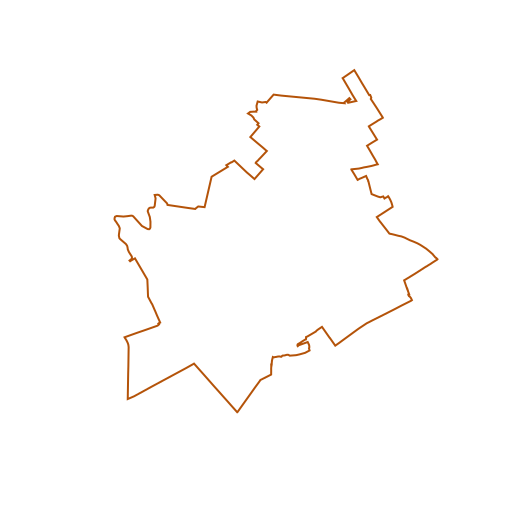 Murfatlar, Constanta, Romania (Mercator projection), rotated 325°
{"feature_id": "2599482B52491114446057", "entity_name": "Murfatlar", "entity_type": "district", "adm_level": 2, "iso_a3": "ROU", "parent_name": "Romania", "parent_adm1": "Constanta", "projection": "mercator", "projection_center": [28.386, 44.17], "detail": "fine", "context": "isolated", "style": "outline", "palette": "amber", "viewbox_px": 512, "rotation_deg": 325, "n_neighbors": 0, "source": "geoboundaries", "source_scale": "gbopen_adm2", "svg_char_len": 5572}
<svg xmlns="http://www.w3.org/2000/svg" viewBox="0 0 512 512"><g transform="rotate(325 256 256)"><path d="M443.1,160.1L439.2,160.1L429.0,160.0L429.0,160.4L428.1,171.7L427.4,179.5L427.0,186.3L427.0,186.5L419.3,183.3L419.3,182.2L423.2,181.8L423.0,180.2L419.6,180.6L416.2,180.9L416.1,181.6L411.8,178.0L399.0,165.3L394.2,160.8L368.7,139.1L363.0,133.9L354.1,136.1L352.6,136.5L352.3,135.4L349.0,133.7L346.0,130.4L342.6,133.2L341.5,135.0L340.8,137.0L339.3,137.3L339.0,137.9L336.5,136.2L333.9,134.6L331.2,134.7L332.8,138.2L333.3,141.1L332.9,143.1L334.2,148.7L332.3,149.2L333.0,151.8L328.5,153.0L323.5,154.3L319.6,155.3L320.8,159.9L321.9,164.1L322.8,167.4L323.8,171.1L324.7,174.8L325.1,176.2L323.7,176.5L318.5,177.6L315.1,178.3L313.9,178.5L312.0,179.0L311.3,179.0L309.6,179.3L309.1,179.6L309.2,180.0L310.9,186.5L311.6,189.0L298.9,192.1L297.4,186.0L296.4,182.2L293.0,165.4L289.7,165.3L289.4,165.0L283.8,164.6L284.1,166.8L265.1,165.6L241.9,186.5L237.1,182.3L234.6,182.4L233.2,182.6L227.7,177.5L212.8,163.4L213.2,162.4L213.3,161.7L211.6,150.8L211.2,150.1L210.6,149.4L208.0,147.9L206.8,151.2L201.8,156.8L200.9,157.4L199.6,157.4L197.6,156.0L196.6,155.6L195.4,155.6L193.6,156.6L192.9,157.4L191.4,163.1L189.2,167.4L185.9,172.0L184.9,172.7L183.9,172.8L182.7,171.8L179.8,166.0L178.2,153.1L177.8,152.2L177.0,151.4L173.5,149.6L170.1,147.7L164.9,143.4L163.4,143.0L163.0,143.0L162.8,143.2L162.5,143.4L161.9,143.8L161.1,144.9L160.9,146.1L161.0,146.8L161.0,148.4L160.9,150.5L160.9,152.5L160.7,153.5L160.3,155.1L160.1,155.4L156.3,159.5L155.3,160.7L154.3,163.1L154.4,164.0L154.9,166.1L156.3,171.5L156.3,173.6L156.0,174.5L155.5,175.7L154.7,177.2L154.6,177.9L154.2,179.7L154.1,181.9L154.0,184.7L153.9,185.3L153.7,185.8L153.4,186.2L153.1,186.6L152.6,186.9L152.2,187.1L151.7,187.1L149.8,187.2L149.9,188.1L151.2,188.1L151.3,188.1L155.5,188.5L154.8,197.1L153.5,212.9L152.5,214.5L149.2,219.7L145.9,224.8L144.7,226.7L144.2,227.5L144.0,229.3L143.5,233.2L143.3,234.9L143.3,235.9L141.9,242.7L141.9,242.9L140.8,247.9L139.8,253.1L139.3,255.6L138.1,255.5L137.8,255.3L137.2,255.4L137.3,256.4L135.9,256.6L135.0,256.5L130.7,255.3L125.3,253.8L120.7,252.5L115.2,250.9L108.7,249.1L101.7,247.2L101.6,248.1L101.6,249.1L101.5,250.9L101.3,252.3L101.0,253.9L100.5,255.5L99.4,257.6L88.2,273.1L83.7,279.2L68.9,299.6L75.7,301.0L94.9,303.1L108.7,304.7L118.9,305.9L134.3,307.7L143.2,308.6L143.5,308.6L143.9,312.0L145.4,324.9L146.8,337.5L148.3,350.1L149.8,362.9L149.8,363.0L151.0,373.2L151.4,373.2L160.7,369.9L169.2,366.9L179.9,363.1L187.0,360.7L188.5,360.1L200.2,361.8L200.4,361.8L201.9,359.7L202.7,358.6L203.7,357.1L204.8,355.7L205.7,354.4L206.3,353.5L206.7,353.7L206.7,353.8L206.8,353.7L206.9,353.4L207.0,353.3L207.1,353.2L207.3,353.0L207.5,352.8L207.7,352.5L207.8,352.3L208.0,352.1L208.2,351.9L208.4,351.7L208.5,351.5L208.6,351.4L208.8,351.2L209.0,351.0L209.1,350.8L209.4,350.6L209.6,350.4L209.8,350.2L210.0,350.0L210.2,349.9L210.4,349.7L210.6,349.5L210.8,349.3L211.0,349.1L211.5,348.8L211.7,348.6L211.9,348.4L212.5,349.3L213.9,349.8L214.5,350.2L215.8,350.7L216.6,351.1L217.1,351.4L217.8,351.9L218.8,353.0L219.1,353.1L219.6,352.9L220.3,352.8L220.9,352.9L221.7,353.5L223.0,354.1L224.1,354.4L225.2,355.0L225.7,355.4L226.0,355.8L226.2,356.4L226.5,357.0L229.7,358.9L232.1,360.3L235.3,361.6L240.7,363.5L245.7,364.1L246.5,361.9L246.8,361.8L247.3,361.4L248.0,360.3L248.5,359.1L249.0,356.1L247.4,355.7L239.7,353.6L238.5,353.8L238.5,353.6L238.5,353.3L238.8,352.8L239.4,352.3L239.8,352.2L241.7,352.4L245.8,352.5L248.2,352.7L248.9,352.7L249.0,352.8L249.1,352.7L249.4,352.7L250.5,351.1L251.9,351.4L256.8,351.8L261.7,352.2L262.7,351.9L264.8,351.8L269.4,351.9L269.4,362.0L269.4,365.3L269.5,365.4L269.5,374.9L271.9,374.9L273.2,374.9L274.4,374.9L277.7,374.8L297.1,374.4L299.3,374.4L307.3,374.6L308.1,374.6L310.6,375.0L314.5,375.5L330.7,377.9L330.8,377.9L337.1,378.8L340.0,379.2L347.0,380.1L357.2,381.6L358.4,381.6L358.8,379.2L358.7,377.6L358.3,376.6L358.5,375.0L358.8,374.8L359.2,375.0L359.5,375.2L360.4,371.8L360.5,371.7L361.1,369.7L360.9,369.7L363.4,360.9L374.3,361.6L375.8,361.7L389.1,362.2L389.2,362.3L389.7,362.3L390.3,362.4L390.9,362.4L391.6,362.4L393.1,362.5L394.4,362.6L396.2,362.6L396.3,362.6L401.0,362.8L402.0,362.9L402.3,362.8L402.8,362.7L402.5,360.8L402.2,360.5L402.1,360.1L401.9,357.8L401.8,357.1L401.8,356.0L400.8,351.9L400.3,350.1L399.6,347.6L398.9,345.9L397.7,342.9L396.9,341.0L395.5,338.2L394.1,335.9L393.3,334.6L391.0,331.2L390.7,330.6L389.2,327.9L388.3,326.2L387.4,324.9L386.3,323.3L384.2,321.1L381.5,317.9L379.3,315.4L378.8,315.0L378.8,314.9L378.5,314.6L378.1,314.1L377.9,309.2L377.6,303.8L377.4,299.6L377.3,299.3L377.3,298.8L377.3,293.4L396.1,294.1L396.6,292.9L397.3,290.8L397.7,289.5L398.2,286.9L398.5,284.3L398.5,282.8L397.2,282.9L396.9,282.9L396.1,282.7L394.2,282.6L394.4,280.2L391.5,279.2L389.9,277.2L386.2,271.6L388.4,265.8L389.9,261.9L390.9,259.3L390.8,259.1L391.3,258.1L391.4,256.7L392.1,253.6L389.0,253.0L386.5,252.5L385.3,252.2L384.5,252.1L383.7,252.0L383.2,252.0L383.1,251.8L382.9,251.8L383.1,249.2L383.4,245.4L383.7,239.8L383.8,239.7L387.4,241.7L389.9,243.1L390.7,243.5L393.3,244.6L395.2,245.3L397.7,246.5L400.9,247.9L402.3,248.5L404.5,249.3L406.6,250.0L408.3,250.7L408.5,248.6L408.9,245.4L409.1,242.6L409.3,240.0L409.8,234.6L410.2,229.4L416.1,229.7L421.9,230.1L422.0,228.0L422.4,220.8L422.7,215.2L422.8,214.5L426.8,214.7L431.8,215.0L433.5,215.0L436.1,215.3L439.2,215.5L439.3,214.8L439.5,210.5L439.8,204.3L440.0,197.7L440.1,193.4L440.1,193.2L440.6,193.0L441.1,192.4L441.3,192.3L441.9,189.6L441.0,189.1L441.7,179.4L442.0,174.7L442.5,168.9L443.1,160.1Z" fill="none" stroke="#b45309" stroke-width="2"/></g></svg>